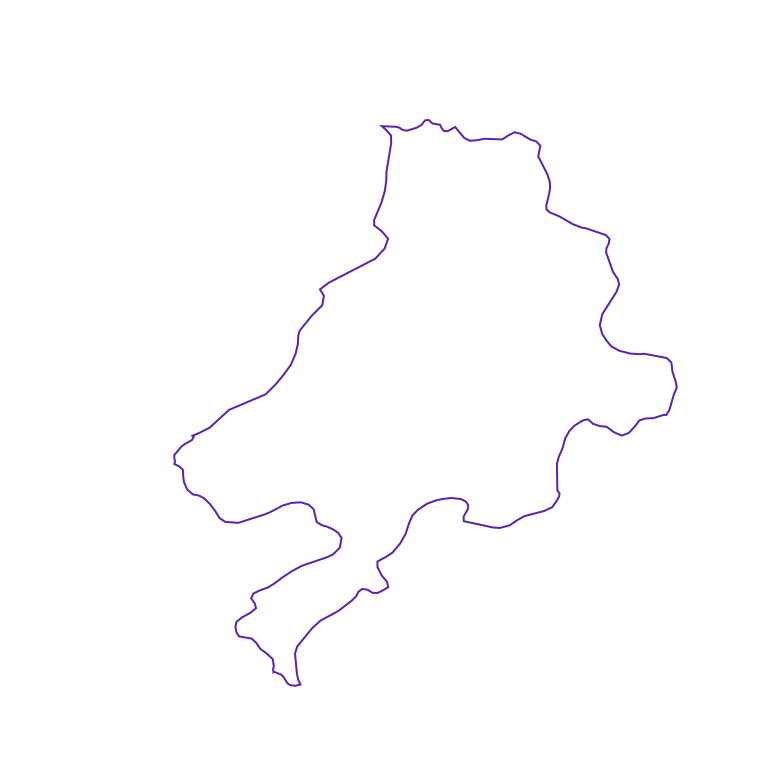 Houet, Natural Earth projection, rotated 231°
{"feature_id": "BFA-2799", "entity_name": "Houet", "entity_type": "Province", "adm_level": 1, "iso_a3": "BFA", "parent_name": "Burkina Faso", "parent_adm1": "", "projection": "natural_earth1", "projection_center": [-4.316, 11.385], "detail": "fine", "context": "isolated", "style": "outline", "palette": "violet", "viewbox_px": 768, "rotation_deg": 231, "n_neighbors": 0, "source": "natural_earth", "source_scale": "10m", "svg_char_len": 2962}
<svg xmlns="http://www.w3.org/2000/svg" viewBox="0 0 768 768"><g transform="rotate(231 384 384)"><path d="M219.3,121.5L222.6,121.3L229.3,117.6L229.6,116.6L232.1,118.3L234.2,120.9L240.2,124.4L248.3,123.2L256.2,121.2L263.2,121.8L269.3,121.0L279.1,112.5L284.2,113.1L288.9,115.8L292.0,119.7L292.0,126.8L290.3,136.1L290.3,143.4L294.6,145.4L301.0,145.9L303.4,150.6L301.6,157.9L298.9,165.8L297.9,173.6L297.7,182.5L296.5,194.7L294.3,206.1L285.2,230.8L283.6,237.3L284.7,246.8L291.0,254.1L297.4,254.7L303.3,252.8L308.7,250.1L313.0,247.1L319.1,244.8L330.9,250.5L337.6,249.5L344.4,244.9L349.7,237.4L353.3,228.9L355.9,215.5L357.7,209.3L367.8,183.4L376.8,173.8L383.4,171.8L391.6,172.9L400.4,173.2L408.6,172.2L413.9,169.9L418.3,166.1L425.6,164.6L433.9,166.9L439.4,170.4L443.6,173.7L448.8,173.0L453.7,170.7L455.2,172.7L458.2,174.3L460.7,176.1L462.9,187.4L462.6,192.5L461.3,199.2L462.6,202.8L464.3,202.5L462.3,209.3L459.8,221.0L461.4,247.4L450.5,285.5L451.8,298.6L454.1,310.8L457.5,323.5L463.0,334.1L469.0,341.9L475.6,347.9L478.6,352.2L482.5,370.9L484.1,385.6L490.3,392.8L497.8,393.8L497.5,404.8L486.9,456.2L488.9,469.7L494.3,478.6L503.9,478.4L513.7,476.2L515.1,477.5L517.5,479.3L526.5,496.0L533.6,506.3L540.8,513.9L547.4,519.5L567.0,541.5L572.7,545.8L580.5,545.5L585.7,544.6L576.0,555.6L573.2,557.4L571.5,557.8L569.5,558.4L566.4,561.3L562.6,570.7L561.7,576.3L563.1,581.6L561.1,584.9L556.0,585.6L550.2,590.7L546.4,589.8L542.8,589.8L540.4,592.7L539.0,601.0L524.8,601.2L519.1,603.7L515.2,609.2L511.3,616.5L499.7,629.7L498.9,637.2L497.5,643.8L492.9,647.5L481.7,651.6L476.9,654.9L470.8,655.5L463.8,647.1L444.5,643.0L437.0,640.2L432.4,637.0L428.0,632.2L420.3,622.1L417.3,620.2L413.3,620.7L403.6,625.9L389.6,631.2L381.2,636.0L378.1,638.8L360.0,650.2L354.7,650.5L351.6,646.8L349.5,642.3L346.5,639.4L327.0,632.5L318.2,631.7L313.2,629.2L309.3,622.6L300.9,597.6L293.8,588.6L285.6,585.1L278.4,584.3L270.3,584.3L261.7,587.8L252.5,594.7L246.4,601.3L243.7,605.3L226.2,620.1L219.7,620.8L212.2,616.0L203.0,612.5L197.1,609.4L193.5,602.8L184.2,589.4L182.3,583.9L184.0,582.0L187.9,571.9L192.6,565.6L195.0,559.5L193.1,551.9L191.9,543.2L194.3,536.3L201.9,532.3L210.7,530.1L215.3,525.4L221.3,521.5L228.3,520.2L230.3,516.2L231.2,511.0L231.8,505.3L230.7,498.2L227.7,490.5L222.0,482.8L217.3,473.9L213.3,468.3L192.3,451.8L188.3,451.4L186.3,449.2L184.2,443.6L182.4,437.3L184.6,428.3L193.0,409.9L194.4,401.4L195.1,392.6L199.2,383.5L203.7,378.6L227.1,359.7L230.7,362.2L234.4,371.2L237.3,373.2L241.0,373.6L246.0,371.5L253.0,364.7L257.7,357.3L260.6,351.7L263.9,342.1L264.9,331.2L263.9,323.3L259.5,314.9L253.9,306.5L249.9,296.2L247.6,284.5L248.3,277.5L250.2,267.2L245.8,263.7L237.4,261.8L228.2,261.8L223.4,259.3L224.4,253.0L225.7,247.4L229.0,243.6L234.5,241.8L238.5,238.0L238.6,233.2L236.6,229.1L235.9,222.5L236.4,205.2L240.1,185.8L239.4,174.2L234.6,151.2L230.4,145.1L213.5,133.9L207.9,131.1L203.1,130.0L205.4,125.0L209.0,121.6L212.5,120.6L219.3,121.5Z" fill="none" stroke="#5b21b6" stroke-width="2"/></g></svg>